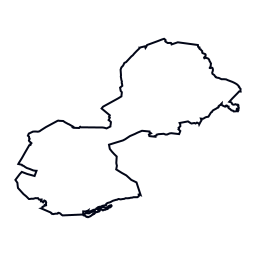 the district of Ņukšu pag., Ludzas, Latvia
{"feature_id": "27541924B6946008427807", "entity_name": "Ņukšu pag.", "entity_type": "district", "adm_level": 2, "iso_a3": "LVA", "parent_name": "Latvia", "parent_adm1": "Ludzas", "projection": "natural_earth1", "projection_center": [27.716, 56.433], "detail": "fine", "context": "isolated", "style": "outline", "palette": "ink", "viewbox_px": 256, "rotation_deg": 0, "n_neighbors": 0, "source": "geoboundaries", "source_scale": "gbopen_adm2", "svg_char_len": 5751}
<svg xmlns="http://www.w3.org/2000/svg" viewBox="0 0 256 256"><path d="M29.3,145.2L25.0,152.6L21.9,158.1L19.0,162.7L18.3,164.0L21.9,164.8L22.3,165.5L23.5,165.8L25.1,167.0L26.8,168.0L29.8,169.0L33.2,170.4L34.9,170.7L36.5,170.8L34.6,176.0L27.3,174.0L21.8,171.9L19.7,174.2L15.4,179.9L17.4,182.8L17.7,186.0L18.0,188.0L23.4,194.0L26.3,196.4L28.9,199.0L29.7,199.0L31.6,198.7L33.1,198.8L35.6,198.1L37.4,198.3L37.9,198.1L39.3,199.7L41.6,199.5L41.6,199.9L41.1,200.7L41.0,201.3L41.9,201.3L42.6,201.8L43.2,202.4L43.4,202.3L43.5,201.8L44.2,200.6L44.3,200.5L45.3,201.0L45.7,201.3L46.2,202.6L46.0,203.4L46.0,203.9L46.1,205.3L45.7,205.5L45.0,204.9L44.7,204.9L44.5,205.1L44.5,205.5L43.8,206.3L42.6,206.8L42.4,207.0L42.5,207.6L42.2,208.0L41.9,208.2L41.2,208.4L50.5,212.4L51.2,212.9L51.2,213.2L51.3,213.3L51.8,213.5L52.1,213.9L52.3,213.8L53.2,214.1L55.4,213.7L57.3,213.7L57.8,213.5L58.1,212.9L58.7,212.8L60.3,213.5L61.7,214.9L62.2,215.1L62.6,215.4L83.2,214.5L83.2,211.4L85.3,211.5L87.7,210.8L88.3,210.4L88.0,211.3L88.6,211.2L89.0,211.4L90.3,211.3L91.1,211.0L93.3,209.9L94.8,209.6L95.1,209.6L94.9,210.4L93.7,211.4L93.3,211.7L92.9,211.8L91.9,211.9L90.8,212.3L90.2,212.3L89.8,212.7L89.7,213.1L88.9,213.4L86.2,213.1L83.7,214.5L83.2,215.0L83.4,215.3L85.5,215.9L86.4,216.9L87.5,216.8L88.0,217.2L90.5,216.2L90.7,215.9L91.3,215.6L92.1,215.0L92.2,214.7L93.0,214.5L93.1,214.0L94.1,214.0L94.4,213.7L94.4,213.4L95.8,212.4L95.7,212.3L95.9,212.1L96.2,212.2L96.5,212.0L97.1,212.1L97.8,211.8L98.8,211.6L99.4,211.2L99.2,210.7L98.2,210.0L98.3,209.6L99.3,210.3L101.6,209.5L102.0,209.7L102.6,210.3L103.2,210.3L103.7,209.9L105.2,209.8L106.0,209.3L106.8,209.2L107.5,209.0L107.9,208.7L107.9,208.1L108.0,207.9L109.8,207.5L110.6,207.1L111.4,206.2L111.7,205.8L111.7,205.3L112.0,205.2L111.1,205.2L109.8,205.5L108.7,206.1L108.2,206.7L107.8,207.0L105.4,207.7L105.0,207.7L103.6,207.2L101.6,207.2L100.8,207.8L98.4,208.3L98.0,208.5L97.2,209.1L96.7,209.1L96.4,208.9L96.3,208.5L96.5,208.3L97.2,208.0L97.7,207.4L98.6,207.0L100.0,206.7L101.8,206.6L102.1,206.3L102.2,205.9L106.2,205.0L106.1,204.5L106.2,204.0L106.8,203.4L107.2,203.3L107.8,202.9L110.3,202.2L112.8,200.8L116.1,199.8L116.9,199.8L117.1,199.6L118.6,199.0L120.7,199.4L122.2,199.1L124.4,198.8L125.6,198.2L128.0,198.3L128.6,198.1L129.5,198.1L130.3,197.8L132.3,197.6L133.5,197.2L137.4,197.2L138.3,196.6L138.5,196.4L138.8,195.7L139.1,195.6L138.7,194.5L139.7,194.2L140.5,194.7L136.5,182.4L131.3,179.9L126.3,175.4L121.8,172.9L116.2,169.4L116.9,165.8L116.5,164.1L116.3,163.0L116.7,156.5L114.3,154.2L111.9,151.6L109.8,148.9L109.0,144.7L123.0,140.4L125.1,139.3L129.9,136.1L135.0,133.9L137.4,132.7L142.0,130.8L149.5,131.5L149.6,132.3L151.0,133.3L148.9,134.5L149.4,136.1L155.0,136.7L154.7,136.1L156.4,135.6L156.6,134.7L158.4,134.2L163.7,133.8L165.5,134.5L167.1,134.5L169.7,133.4L171.4,133.2L179.1,134.1L180.3,131.0L178.5,129.3L179.0,128.6L178.6,127.8L180.3,126.3L180.3,124.6L179.6,123.0L188.0,121.4L190.6,123.1L191.5,123.5L194.3,123.0L195.6,123.5L197.0,122.6L199.0,123.6L199.2,124.4L200.4,122.1L201.5,120.3L200.9,118.6L202.3,118.8L202.9,118.8L203.8,118.4L205.2,117.5L206.2,117.1L208.4,116.7L210.6,113.1L211.2,112.3L211.9,112.0L212.7,110.6L214.0,109.8L216.6,108.4L217.9,107.4L218.3,107.5L218.8,106.7L218.7,106.1L219.6,105.3L220.3,105.1L221.1,104.0L221.7,103.4L221.6,104.4L221.8,104.9L222.3,105.4L224.9,106.6L225.6,106.6L226.2,106.3L226.3,106.1L225.9,105.7L226.0,105.6L226.6,105.5L227.1,105.7L227.8,106.5L228.6,106.6L228.6,106.8L228.3,107.2L228.3,107.5L228.4,107.8L228.9,108.3L230.3,109.2L231.4,110.3L233.0,110.7L233.6,111.4L235.0,111.4L236.2,111.2L237.9,111.3L238.5,110.1L238.1,109.8L237.4,109.9L236.8,109.7L236.7,109.5L236.8,108.9L237.1,108.6L238.0,108.5L238.7,108.3L238.8,107.9L238.6,107.0L238.1,106.3L238.1,105.9L238.4,105.5L238.4,105.2L238.1,104.8L237.8,104.6L236.6,104.8L235.7,104.2L233.8,104.7L232.8,104.5L232.3,104.2L231.7,103.0L231.5,102.6L230.8,102.2L229.3,101.8L232.3,98.5L237.9,92.8L239.0,91.5L240.6,91.5L240.4,90.2L240.6,89.0L238.9,86.9L239.1,86.6L238.0,85.3L236.6,84.1L234.5,82.9L232.4,81.9L227.6,80.1L226.2,79.4L224.0,79.2L221.5,79.2L218.7,77.9L217.1,77.7L216.2,77.3L215.8,77.2L215.8,76.8L215.0,76.2L214.3,75.1L212.7,74.0L212.4,73.7L212.2,72.7L212.5,71.7L212.8,70.9L212.9,70.0L212.9,69.5L212.6,68.2L212.2,67.8L211.7,67.7L210.2,68.1L209.8,68.0L209.8,67.6L210.4,66.9L210.6,66.4L210.8,65.0L210.8,64.4L211.0,63.6L210.1,61.9L209.7,61.4L209.1,59.7L208.7,59.1L208.0,58.5L206.1,57.8L205.4,57.8L205.0,58.1L204.4,58.3L204.2,58.0L204.1,57.5L205.6,55.9L205.6,54.8L205.5,54.4L205.2,54.1L202.6,53.1L202.3,52.8L202.2,52.3L202.2,51.1L201.2,50.2L200.6,49.3L200.0,49.2L199.2,48.4L199.2,47.7L199.4,47.4L198.1,46.8L197.9,45.0L177.8,42.3L171.6,44.4L171.2,43.1L170.8,42.9L167.7,43.0L165.6,41.7L165.4,41.5L165.2,41.1L165.6,40.3L165.5,39.9L164.1,38.8L161.9,39.5L157.5,41.2L147.1,45.0L146.2,46.9L145.5,47.9L145.0,46.3L140.5,47.4L139.9,47.8L139.4,47.7L139.4,48.4L136.6,51.1L134.2,53.6L132.8,55.3L131.4,56.4L126.1,62.1L124.4,62.9L123.1,65.6L121.4,67.4L120.6,69.7L121.0,75.4L120.8,76.5L121.2,78.8L121.3,79.6L121.6,80.8L121.9,81.3L121.7,83.0L122.0,83.6L122.3,85.8L120.1,87.6L120.7,90.9L121.8,92.2L121.8,92.8L121.4,96.4L118.1,98.4L103.0,106.7L101.6,108.5L109.8,115.3L109.0,116.9L109.8,117.6L109.4,118.7L108.6,120.0L110.8,121.8L110.9,122.4L110.6,124.8L110.4,125.7L110.4,126.5L106.6,128.4L104.1,127.7L102.6,127.5L80.7,127.3L80.2,126.8L79.9,127.0L79.1,128.0L73.6,127.8L72.7,127.4L73.2,126.7L68.8,124.2L68.2,124.0L64.9,122.2L63.2,121.0L59.1,120.8L58.4,120.6L57.6,120.8L45.9,127.1L41.2,130.1L39.5,131.3L37.9,131.7L35.5,131.5L33.0,131.6L28.8,133.6L27.9,135.7L29.0,136.6L29.2,138.4L29.6,138.6L29.6,139.0L29.0,140.1L28.9,140.6L29.5,141.5L30.1,141.9L30.5,142.3L31.4,143.1L30.5,144.0L30.7,144.3L30.7,144.7L30.1,145.1L29.3,145.2Z" fill="none" stroke="#020617" stroke-width="2"/></svg>